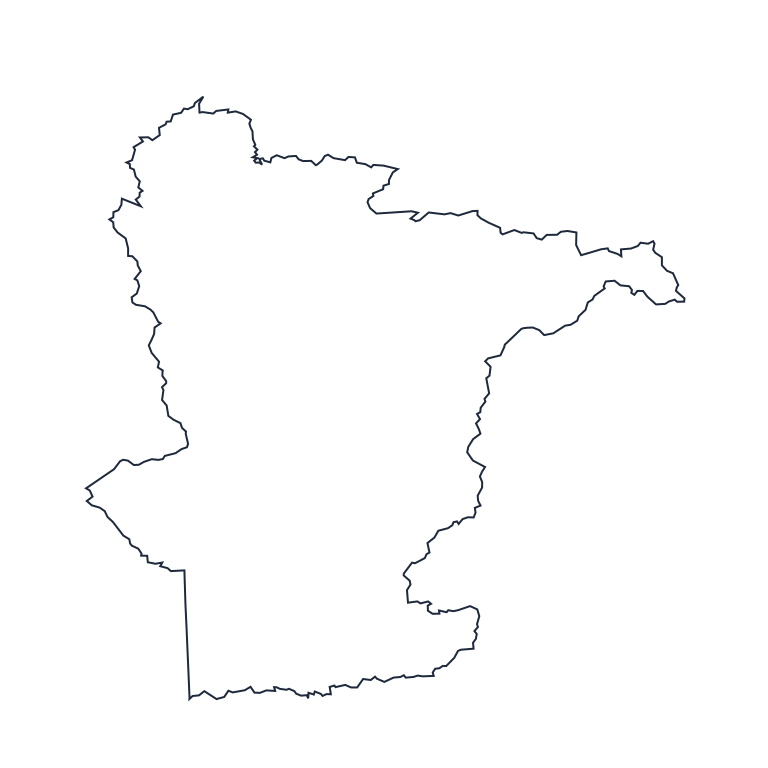 the district of Utuado, Puerto Rico, rotated 264°
{"feature_id": "32010507B18801000784875", "entity_name": "Utuado", "entity_type": "district", "adm_level": 2, "iso_a3": "PRI", "parent_name": "Puerto Rico", "parent_adm1": "", "projection": "equal_earth", "projection_center": [-66.695, 18.25], "detail": "fine", "context": "isolated", "style": "outline", "palette": "slate", "viewbox_px": 768, "rotation_deg": 264, "n_neighbors": 0, "source": "geoboundaries", "source_scale": "gbopen_adm2", "svg_char_len": 5057}
<svg xmlns="http://www.w3.org/2000/svg" viewBox="0 0 768 768"><g transform="rotate(264 384 384)"><path d="M595.7,142.7L589.6,141.5L584.6,138.0L583.2,132.9L578.1,132.2L576.4,128.1L573.2,131.6L568.0,131.5L562.5,134.9L555.8,142.3L545.6,143.7L538.1,142.9L537.4,147.0L531.7,151.5L527.7,151.5L521.6,153.9L514.6,147.0L512.9,149.5L506.9,150.8L499.8,147.6L496.6,142.1L491.4,142.3L488.7,145.6L486.3,154.4L482.4,159.5L479.3,162.1L469.5,165.9L467.7,168.2L464.1,161.7L457.8,160.6L452.0,157.3L447.0,154.1L439.2,156.2L429.7,162.6L424.1,160.8L420.6,165.4L420.2,165.2L415.2,164.4L409.6,167.7L407.5,167.4L404.1,162.9L400.9,164.0L391.3,161.6L385.3,165.6L374.8,166.2L370.6,170.8L366.3,177.5L361.5,178.5L357.4,182.1L355.2,181.6L344.9,182.9L341.7,181.4L340.4,175.8L337.0,169.5L335.4,158.5L332.5,156.2L332.1,151.8L333.5,145.2L331.6,137.0L329.3,131.7L329.6,126.7L334.6,121.3L335.9,116.6L334.8,113.5L327.5,106.6L311.4,76.8L308.9,80.2L302.5,82.4L298.7,76.2L293.9,80.7L290.8,88.3L286.7,93.0L280.7,95.1L275.1,100.0L260.5,108.9L256.2,114.5L252.0,114.8L249.6,116.3L245.9,122.4L240.8,125.1L238.7,124.5L237.9,130.5L231.4,130.5L229.1,138.0L229.6,144.8L226.2,142.4L223.5,149.5L220.2,152.5L219.5,166.0L185.6,163.5L165.0,162.3L163.2,162.2L92.3,157.8L91.1,157.6L93.7,161.0L93.7,167.5L97.3,173.2L88.1,184.6L88.6,186.8L89.4,192.3L95.2,197.2L93.1,201.3L94.0,213.6L96.8,219.6L90.6,222.9L89.8,228.3L91.6,235.0L90.1,243.7L94.0,243.0L93.5,245.7L91.7,248.6L90.1,255.1L90.8,257.6L87.9,262.8L85.2,264.3L82.7,269.0L82.6,274.6L79.3,275.8L84.8,276.6L82.5,281.8L85.4,283.0L82.4,288.8L80.2,290.3L81.6,294.4L81.0,298.7L88.4,298.3L89.3,303.2L87.6,304.1L88.8,314.0L85.6,319.6L85.0,325.6L92.8,332.4L91.0,339.9L93.9,344.5L91.6,346.2L87.7,353.2L91.0,362.8L90.9,369.7L92.3,373.3L89.7,374.9L89.6,382.9L90.5,386.9L89.2,392.0L88.5,402.9L92.0,402.3L95.5,405.2L95.5,409.3L97.5,413.0L97.0,416.4L104.4,425.3L110.8,429.7L111.7,432.7L111.4,445.4L117.4,445.5L120.9,448.7L125.7,450.1L128.8,448.1L132.5,452.0L135.4,451.4L143.1,454.5L150.1,453.2L154.1,446.4L151.3,434.0L150.8,429.2L152.3,424.3L150.5,422.4L153.0,415.0L149.8,415.1L150.4,408.3L153.9,404.0L159.0,404.3L160.5,407.8L163.1,405.2L162.0,397.4L164.3,394.4L164.0,385.0L176.6,385.3L181.8,389.4L185.7,389.0L191.5,383.6L193.3,383.8L203.4,393.2L202.5,396.1L206.6,406.4L210.3,408.5L211.6,411.6L221.3,410.6L226.0,418.1L232.4,422.7L233.9,432.5L236.4,437.2L239.3,438.7L239.7,442.2L237.0,443.6L241.4,448.0L242.7,453.4L241.9,459.2L246.5,461.6L251.3,461.4L253.0,467.3L258.0,465.4L263.2,465.5L270.7,470.7L276.1,471.4L282.0,469.7L286.6,472.4L290.9,475.8L298.6,464.4L307.4,459.6L312.6,461.2L319.9,466.9L324.5,474.7L329.0,473.7L335.2,471.4L339.0,475.8L344.5,473.4L345.3,475.3L345.9,476.8L350.3,477.7L355.9,483.0L358.7,482.4L363.7,487.6L379.0,486.3L381.3,489.8L390.0,491.8L396.0,487.0L398.6,490.2L400.3,502.8L407.9,507.3L410.6,508.3L412.4,510.8L424.5,526.4L424.9,528.4L425.0,531.9L424.6,537.9L421.4,544.0L415.9,548.4L416.7,557.6L423.1,570.3L423.4,575.8L426.8,582.8L431.0,584.7L436.7,592.2L443.8,595.2L446.3,600.3L449.6,602.3L456.0,613.5L458.0,612.6L462.8,615.2L462.6,624.1L457.4,629.4L455.6,638.0L451.6,640.4L448.8,639.5L446.5,642.3L450.1,645.7L449.4,651.4L443.3,655.1L434.7,662.9L434.3,672.1L436.3,676.0L437.5,682.0L435.2,684.0L434.5,691.1L437.7,691.8L446.1,684.1L449.5,685.3L451.6,687.0L463.9,683.0L467.0,677.3L472.9,672.8L481.1,673.6L486.1,667.5L489.4,665.7L495.2,667.7L497.9,666.6L495.9,661.3L497.7,653.9L494.7,650.8L492.9,643.8L493.1,633.7L486.2,633.4L488.9,630.0L492.7,621.6L495.5,620.7L495.3,614.1L493.3,603.5L491.5,593.5L502.1,589.6L514.6,591.2L517.0,582.4L516.9,575.8L514.3,571.7L515.3,561.4L511.1,556.0L513.1,551.1L518.1,548.5L520.3,538.6L519.9,536.7L523.5,529.7L520.4,517.6L522.2,515.8L527.2,515.8L533.3,505.2L538.6,497.6L542.1,494.6L546.4,495.1L546.7,490.1L543.8,475.5L547.0,468.0L546.4,461.9L549.9,446.4L543.1,436.5L542.6,432.3L543.8,431.3L545.7,427.7L550.8,435.6L552.9,429.5L554.3,394.3L560.3,388.6L566.5,386.6L569.6,388.1L572.1,393.1L574.7,392.9L577.8,403.5L581.3,404.2L582.4,409.8L586.4,410.3L593.5,414.9L596.3,420.2L601.2,406.5L603.0,396.3L600.8,393.9L604.6,388.5L606.9,380.1L612.4,378.8L613.5,372.4L610.7,368.7L613.9,357.4L617.9,352.3L616.9,348.9L612.6,345.5L609.1,340.3L608.7,339.1L613.5,334.9L614.2,326.7L616.4,322.6L620.0,320.3L620.3,312.9L619.0,308.6L622.7,301.3L620.6,295.7L616.3,294.1L618.6,288.3L621.1,287.1L620.7,283.5L614.9,285.7L617.3,283.1L617.5,279.6L619.7,278.2L621.9,281.6L623.2,277.2L625.3,281.7L628.1,279.9L630.3,282.6L634.0,279.5L635.3,281.0L641.1,279.2L649.0,279.6L652.7,278.2L657.0,277.3L660.7,279.3L667.3,272.0L670.6,265.0L670.2,257.0L673.3,257.9L673.1,245.6L670.8,242.5L673.4,232.0L673.2,228.9L682.1,229.4L688.7,234.4L683.2,225.3L680.1,223.9L677.8,217.5L678.8,213.9L674.9,210.5L674.0,202.3L667.4,199.3L667.6,195.2L665.1,194.0L662.3,187.0L655.0,187.0L650.7,179.1L654.0,175.4L654.7,167.0L650.4,169.6L645.7,159.7L643.0,160.9L632.9,156.8L631.2,151.1L629.3,154.2L625.5,154.0L623.4,157.7L616.2,158.7L611.1,162.3L605.2,160.2L601.3,164.0L599.8,161.0L596.0,160.5L593.4,156.4L586.2,160.7L595.7,142.7Z" fill="none" stroke="#1e293b" stroke-width="2"/></g></svg>